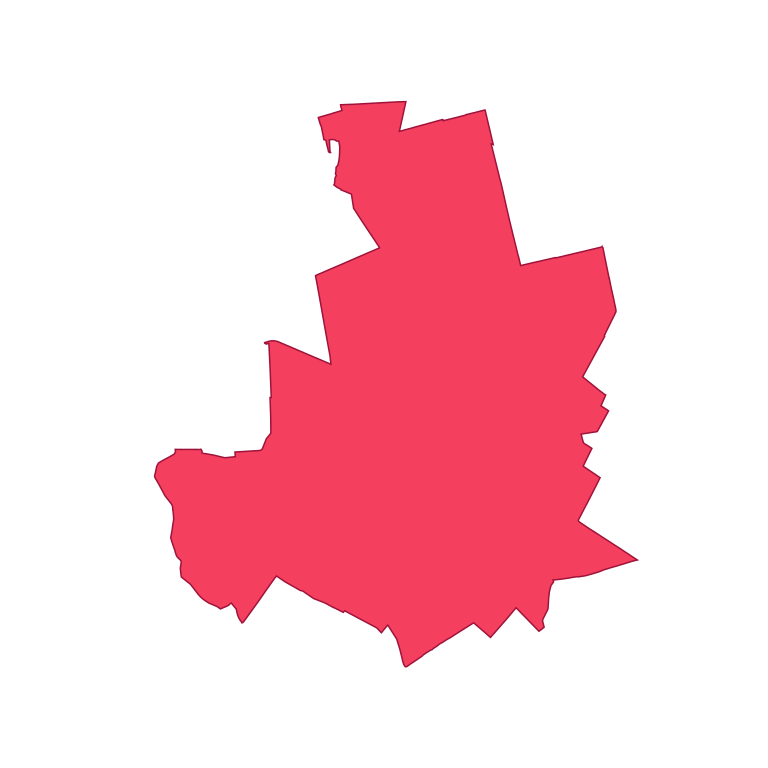 Ciocarlia, Constanta, Romania (Robinson projection), rotated 254°
{"feature_id": "2599482B33175651559383", "entity_name": "Ciocarlia", "entity_type": "district", "adm_level": 2, "iso_a3": "ROU", "parent_name": "Romania", "parent_adm1": "Constanta", "projection": "robinson", "projection_center": [28.275, 44.143], "detail": "fine", "context": "isolated", "style": "filled", "palette": "rose", "viewbox_px": 768, "rotation_deg": 254, "n_neighbors": 0, "source": "geoboundaries", "source_scale": "gbopen_adm2", "svg_char_len": 5871}
<svg xmlns="http://www.w3.org/2000/svg" viewBox="0 0 768 768"><g transform="rotate(254 384 384)"><path d="M544.7,551.9L548.9,551.9L584.3,553.2L585.2,553.2L585.0,554.0L584.5,554.6L584.1,555.0L619.2,556.7L619.6,556.6L620.2,538.6L620.4,537.6L620.2,537.5L620.2,537.4L620.0,535.8L620.5,520.1L620.7,515.0L620.7,513.6L621.6,513.6L621.6,513.4L621.8,513.4L622.1,513.1L622.6,468.6L622.6,468.4L637.9,476.7L649.4,482.9L651.3,475.5L654.9,459.8L661.7,430.0L662.0,429.0L664.4,419.2L662.9,419.0L661.3,419.0L658.5,419.0L658.4,408.8L658.3,408.7L658.3,405.2L658.3,394.3L652.8,394.3L650.3,394.4L649.1,394.7L637.4,393.8L635.6,393.5L634.3,395.3L633.9,395.3L633.7,395.3L632.9,395.2L630.0,395.0L625.1,394.9L622.8,394.7L622.3,394.8L621.6,395.4L621.3,395.9L621.2,396.2L621.2,396.4L622.6,396.2L631.9,398.4L633.8,398.8L633.2,402.1L632.6,403.3L631.8,404.5L631.1,404.9L630.8,405.1L629.8,407.5L623.9,406.8L617.4,404.7L613.6,403.3L610.6,401.9L606.8,399.8L606.5,399.2L606.2,398.6L605.9,398.1L605.3,397.6L603.9,397.1L602.6,396.7L601.1,396.1L600.1,395.5L599.4,395.3L598.5,395.4L597.9,395.6L597.5,395.6L596.3,394.4L595.6,393.8L594.9,393.5L593.9,393.1L592.3,392.6L591.7,392.1L589.9,391.6L589.2,390.7L588.8,391.0L588.2,391.4L588.0,391.6L587.7,391.8L587.5,392.0L587.2,392.2L587.0,392.4L586.7,392.6L586.2,393.0L585.7,393.4L585.7,393.5L585.3,393.9L585.1,394.1L584.8,394.3L584.6,394.6L584.4,394.8L584.0,395.3L583.5,395.8L583.4,395.9L583.3,396.0L583.2,396.2L583.1,396.3L582.5,396.1L581.8,397.1L580.7,398.4L579.5,400.0L578.2,401.6L577.3,402.7L575.5,405.0L575.3,405.0L561.2,403.2L559.4,403.8L550.8,406.4L538.0,410.4L527.8,413.7L516.6,417.2L516.1,417.2L514.7,406.2L512.9,392.4L511.1,379.0L509.4,365.5L507.6,351.6L507.1,348.1L506.8,348.0L496.1,347.0L477.6,345.1L448.8,342.1L425.7,339.8L417.6,338.4L435.3,316.6L440.7,310.0L454.2,293.4L455.4,291.2L456.1,289.4L456.5,287.7L456.7,286.2L456.8,284.3L456.7,282.2L456.8,281.8L456.7,280.6L455.9,280.6L454.8,282.0L454.9,284.1L454.7,284.5L430.4,278.8L402.1,271.9L402.4,270.7L385.9,266.6L385.3,266.5L367.9,261.7L363.9,255.9L355.0,249.0L354.2,246.8L359.7,222.0L355.1,221.0L356.9,211.1L357.4,209.9L362.7,200.5L366.3,193.1L366.4,192.8L366.7,192.1L366.8,191.9L367.7,190.0L368.1,190.0L369.0,190.4L369.6,190.6L369.9,190.6L370.5,190.4L371.1,190.2L371.8,190.0L371.7,189.7L371.7,189.4L375.5,176.4L375.9,174.9L376.0,174.5L376.0,174.4L378.7,165.3L377.7,165.1L376.8,164.9L376.2,164.7L375.2,163.9L374.7,163.2L374.4,162.6L374.1,161.6L373.0,157.2L371.4,149.8L370.9,147.8L370.4,145.9L370.2,145.5L369.8,145.0L368.8,144.0L367.3,142.7L365.1,141.6L361.8,139.8L358.9,138.2L357.9,138.0L356.8,138.1L354.5,138.7L351.5,139.5L344.7,141.0L337.2,142.6L336.3,142.9L328.5,146.1L326.8,146.7L325.7,146.9L324.5,146.9L323.5,146.8L322.8,146.6L317.4,145.7L312.4,144.7L311.6,144.4L309.7,143.5L307.4,142.4L305.0,141.3L302.3,140.2L296.1,137.1L295.3,136.7L294.6,136.6L293.0,136.6L291.2,136.6L288.8,136.7L286.4,136.8L281.1,137.1L279.7,137.0L277.1,137.1L276.1,137.2L275.4,137.4L274.3,137.8L271.9,139.1L270.7,139.8L270.0,140.0L269.2,140.1L268.6,139.9L267.8,139.6L264.2,137.9L262.9,137.4L258.7,136.6L255.9,136.2L254.3,136.0L246.3,141.7L244.7,142.8L236.9,145.9L235.8,146.3L234.4,146.9L233.2,147.3L229.5,149.2L229.0,149.5L227.1,150.7L223.9,153.3L222.0,155.0L221.2,155.8L219.1,158.5L216.4,161.8L215.4,162.8L213.8,164.0L213.6,164.2L212.9,164.7L213.7,171.5L214.2,173.9L214.6,174.3L215.5,176.6L215.5,176.9L211.1,178.7L209.1,179.6L208.2,179.9L207.3,179.9L205.6,179.7L202.4,179.6L199.4,179.9L196.2,180.7L195.2,181.2L193.5,181.6L193.7,182.9L197.3,187.6L203.1,195.0L210.9,204.9L218.6,214.3L222.5,219.2L227.3,225.2L229.1,227.8L228.4,228.3L221.4,234.1L208.8,246.4L207.1,249.1L204.1,251.5L197.2,257.2L196.8,257.7L196.2,258.5L189.9,266.8L183.1,273.7L183.2,273.8L175.7,282.0L176.9,283.6L151.6,309.8L145.6,312.9L151.2,321.0L151.3,321.1L151.2,321.2L135.3,325.9L124.6,326.1L116.1,325.8L112.7,325.6L110.3,325.6L108.2,325.8L106.6,326.4L106.1,326.9L106.1,327.9L106.2,328.5L107.1,331.1L107.7,332.6L108.3,334.6L109.5,338.4L110.7,342.0L111.8,345.4L112.7,346.9L114.0,350.8L114.7,353.3L115.5,355.8L115.2,356.6L116.3,358.7L116.5,359.6L117.5,362.8L118.8,365.9L119.6,369.4L120.5,372.1L121.3,375.2L121.8,377.6L122.8,380.8L126.1,391.9L127.6,397.1L128.7,400.8L129.6,404.0L129.5,404.7L128.7,405.0L116.4,413.1L114.1,414.5L111.0,416.5L125.2,438.5L125.3,438.6L132.5,449.3L103.6,464.8L105.1,468.7L106.1,470.9L112.5,471.1L113.3,471.5L114.3,472.1L121.9,479.1L122.0,479.1L123.0,479.8L132.8,483.3L138.5,485.6L144.1,488.9L144.7,489.4L145.7,490.9L146.9,492.3L147.5,492.6L149.1,492.6L148.8,493.6L148.5,495.0L147.4,501.6L146.4,508.9L146.4,509.9L145.9,513.9L145.5,516.7L145.4,517.0L145.0,517.7L144.8,519.5L144.2,524.2L144.1,526.6L144.1,532.0L144.1,533.4L144.2,538.8L144.4,540.8L144.8,544.5L144.8,546.5L144.8,548.1L144.9,550.0L144.9,552.2L144.9,554.0L144.9,558.6L145.2,574.2L145.0,579.0L159.3,566.8L159.5,566.7L161.8,564.7L162.3,564.2L164.7,562.1L167.1,560.0L171.2,556.5L177.9,550.6L179.0,549.7L182.7,546.5L188.4,541.4L196.9,534.3L198.1,533.4L198.9,533.2L199.8,533.5L212.4,545.4L212.4,545.5L227.4,559.5L234.4,565.9L234.6,565.7L250.1,552.8L264.8,566.1L269.1,562.4L271.5,560.1L272.5,559.6L274.9,559.5L281.5,559.7L279.5,575.4L279.6,575.9L279.9,576.3L281.3,577.7L281.4,577.8L295.9,592.1L296.3,592.5L303.2,586.6L312.3,594.1L313.4,593.0L315.2,591.7L317.2,590.2L318.8,589.0L320.2,588.0L325.5,584.3L328.9,581.9L335.0,577.7L336.1,576.9L336.5,577.3L369.0,609.3L370.0,609.3L373.4,612.3L386.8,624.5L388.4,625.9L389.1,626.6L390.4,627.2L391.6,627.4L395.3,627.7L398.6,627.9L402.1,628.2L408.9,628.6L412.0,628.8L412.8,628.8L423.7,629.7L424.2,629.7L424.3,629.6L439.6,630.8L454.8,632.0L454.9,631.9L455.7,631.5L455.9,631.5L455.7,631.3L455.8,628.5L457.8,584.9L457.7,584.3L458.3,583.6L459.0,570.7L459.1,568.0L459.4,563.9L460.1,549.7L460.2,548.0L468.6,548.4L471.5,548.4L495.8,549.3L507.7,549.8L520.8,550.5L544.5,551.9L544.7,551.9Z" fill="#f43f5e" stroke="#9f1239" stroke-width="1.5"/></g></svg>